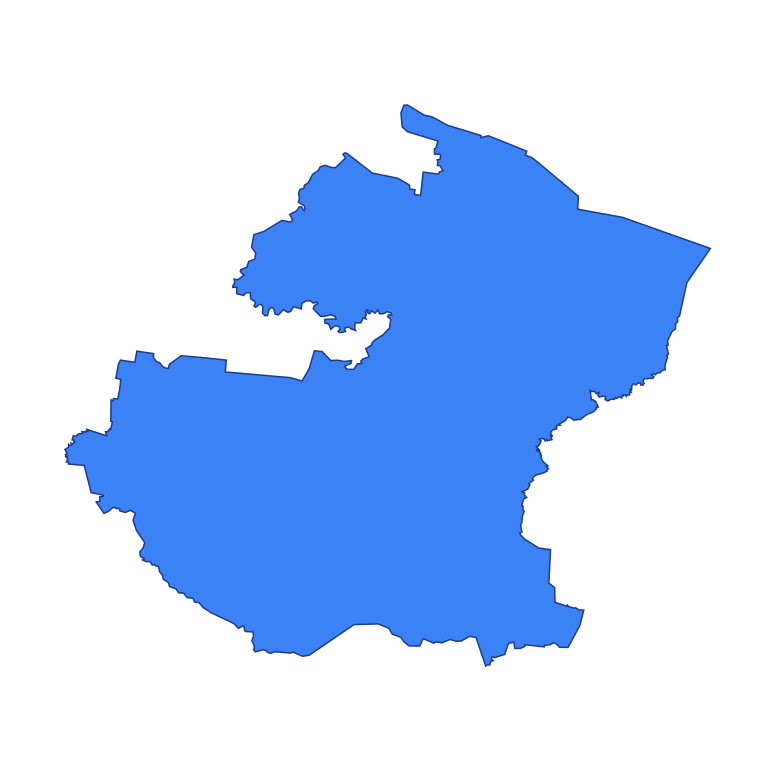 Cotabato, Cotabato, Philippines, rotated 96°
{"feature_id": "2640588B30235147478886", "entity_name": "Cotabato", "entity_type": "district", "adm_level": 2, "iso_a3": "PHL", "parent_name": "Philippines", "parent_adm1": "Cotabato", "projection": "natural_earth1", "projection_center": [124.836, 7.183], "detail": "fine", "context": "isolated", "style": "filled", "palette": "blue", "viewbox_px": 768, "rotation_deg": 96, "n_neighbors": 0, "source": "geoboundaries", "source_scale": "gbopen_adm2", "svg_char_len": 6164}
<svg xmlns="http://www.w3.org/2000/svg" viewBox="0 0 768 768"><g transform="rotate(96 384 384)"><path d="M375.2,153.2L373.4,152.5L374.0,150.8L372.1,149.1L373.1,146.0L370.8,146.3L370.8,144.7L369.8,145.0L369.5,143.2L371.0,141.8L369.4,140.9L369.3,138.7L366.2,138.7L366.4,137.3L363.7,138.7L364.1,137.2L359.9,137.3L357.5,135.8L358.6,133.3L356.5,131.6L356.3,128.9L358.1,128.6L358.0,126.3L356.2,125.3L354.8,126.6L351.6,125.9L350.1,116.9L348.4,116.4L346.8,119.1L345.5,117.0L346.4,115.0L344.0,113.0L344.2,110.9L341.1,108.3L340.6,105.9L335.6,106.5L327.7,104.8L325.9,105.8L324.6,104.2L316.4,107.0L315.6,105.5L311.4,106.5L302.0,103.2L298.7,99.9L293.8,100.2L291.0,98.4L287.6,99.2L285.4,97.2L251.6,93.4L215.1,73.6L193.3,164.3L189.9,209.7L177.0,210.3L147.6,253.9L143.2,261.0L141.8,267.2L137.5,266.4L126.2,306.2L128.8,313.4L126.7,313.5L120.1,347.7L113.2,364.4L112.4,372.2L104.1,389.7L104.5,393.2L112.6,395.5L126.4,392.8L130.7,386.9L136.7,355.7L144.0,357.1L144.7,358.4L150.1,357.8L149.6,352.7L150.5,351.6L154.6,351.8L155.6,354.6L157.5,353.5L161.0,353.8L161.2,350.9L165.9,347.6L167.2,351.0L169.5,351.4L169.2,367.2L192.5,367.3L192.3,373.6L187.5,373.5L187.5,378.6L183.5,379.6L178.0,391.5L175.4,417.7L158.4,445.1L158.3,447.5L160.0,448.8L163.2,445.8L173.8,454.7L174.2,458.8L172.7,465.6L174.7,470.1L178.9,472.0L182.9,476.9L191.9,480.4L194.6,483.9L197.7,484.2L199.3,487.9L203.0,489.0L208.6,487.4L212.1,488.3L215.1,482.0L217.6,480.9L220.2,481.6L216.5,484.5L216.7,486.8L220.7,488.8L225.2,495.5L229.9,492.2L232.7,493.6L232.0,502.7L244.8,519.4L249.1,529.0L261.9,530.0L267.2,525.3L273.3,525.6L276.3,531.4L282.5,532.8L285.2,538.4L287.2,538.6L290.6,534.8L295.6,540.4L295.4,544.1L298.8,543.0L302.6,544.8L303.7,544.4L303.3,540.5L309.6,539.9L310.6,532.9L307.7,530.7L307.3,526.5L313.2,525.5L316.0,520.2L320.4,521.4L321.1,519.5L318.1,516.6L317.7,514.6L319.8,512.5L326.4,512.2L328.6,509.4L328.0,507.0L322.6,506.4L319.4,503.9L320.5,501.6L325.8,499.6L326.3,496.2L320.5,491.8L322.7,487.4L321.8,484.7L316.6,482.1L318.0,474.0L312.4,474.1L309.4,470.0L309.0,465.8L310.9,463.0L309.6,459.1L311.1,458.5L313.7,461.7L316.6,462.2L323.2,454.4L323.1,450.8L320.7,444.4L321.6,439.9L324.4,438.4L325.8,449.5L329.6,449.2L330.0,445.3L335.2,442.6L331.1,438.8L331.5,434.7L334.3,433.5L336.5,435.3L337.6,433.3L335.9,427.9L332.7,429.1L330.8,425.3L332.6,422.7L333.7,417.9L332.4,418.9L326.4,419.1L325.5,413.3L320.5,411.7L321.2,408.5L318.8,410.0L317.2,408.7L314.3,410.2L312.2,409.0L312.3,407.3L314.5,408.2L315.7,406.1L314.9,404.9L312.4,404.7L314.5,400.3L311.0,397.7L314.6,395.7L314.3,392.3L311.8,388.5L312.6,384.5L314.6,383.5L314.8,386.8L316.6,387.4L319.0,384.1L327.7,384.4L335.1,390.1L341.7,398.3L344.6,400.3L346.4,400.2L350.8,405.8L358.5,401.6L361.4,407.7L363.7,409.5L365.9,408.3L366.7,412.6L372.6,415.6L373.2,422.6L370.3,424.9L367.0,419.0L364.1,418.8L365.7,425.7L365.2,432.6L366.2,439.4L358.2,449.0L358.2,456.7L376.0,459.9L389.5,465.7L387.5,478.1L388.6,543.1L376.7,543.3L376.7,568.1L377.1,588.6L386.8,599.5L391.0,600.1L391.0,603.1L389.7,606.1L386.2,609.3L385.5,612.7L381.7,616.1L377.9,616.3L377.1,633.2L388.5,634.1L387.8,648.6L392.1,650.2L406.3,651.3L406.8,646.3L416.5,646.3L426.8,647.3L426.7,651.5L429.2,651.7L428.3,653.8L449.7,651.8L449.9,650.2L457.9,651.1L457.1,652.0L460.4,654.0L460.6,656.0L464.5,654.6L460.2,674.7L462.0,673.6L461.9,675.5L462.9,675.3L462.9,679.5L464.6,678.4L465.7,682.9L468.2,684.8L467.8,687.6L472.3,688.3L472.1,686.0L474.1,686.4L474.2,685.4L476.1,687.8L475.5,689.0L476.9,688.3L478.0,689.9L477.0,691.3L479.6,690.9L482.4,694.4L486.7,691.8L487.4,693.4L489.2,693.0L489.1,691.8L489.8,692.8L490.9,690.7L494.7,691.7L494.5,689.4L496.6,689.6L496.3,673.6L522.7,663.9L523.9,651.4L525.1,651.6L526.0,655.0L530.2,654.2L531.4,657.9L542.0,649.0L538.9,644.0L535.4,641.0L534.8,638.6L535.8,637.9L535.4,634.1L537.8,633.5L538.8,627.8L536.2,623.2L538.4,617.6L545.5,619.4L549.6,617.6L555.5,614.9L566.9,605.3L572.7,606.7L576.4,609.3L580.8,608.3L582.8,604.0L584.2,605.8L585.6,601.4L585.0,597.9L588.3,595.6L587.6,593.2L588.9,592.1L588.9,589.3L594.1,587.6L596.9,584.6L601.2,583.0L604.3,577.4L607.9,576.2L609.5,569.5L613.2,566.4L612.9,561.6L617.0,557.4L617.1,551.6L620.6,549.5L620.8,545.1L625.3,540.5L629.7,531.5L638.0,508.1L642.2,503.3L639.3,499.0L639.6,497.8L643.8,496.9L644.6,495.6L644.3,488.4L648.1,487.4L653.4,488.6L656.5,486.3L659.8,485.3L661.8,486.1L663.9,483.9L660.8,476.2L661.7,472.7L663.1,472.0L663.6,468.1L661.7,465.1L661.4,449.0L660.2,446.2L663.3,436.5L661.5,430.0L626.4,388.7L623.2,364.8L626.4,353.6L631.9,349.7L634.1,340.8L638.1,337.5L641.9,331.8L640.9,321.1L633.1,318.5L636.6,307.2L635.2,306.4L635.3,299.3L631.2,291.7L632.3,285.1L631.5,280.2L626.1,272.7L626.4,266.0L653.9,253.4L652.4,251.7L652.4,249.5L648.7,248.8L647.8,246.5L646.4,248.5L643.9,248.1L644.6,245.4L640.3,235.7L629.0,233.1L627.2,227.9L633.3,226.4L632.7,220.7L630.1,216.4L628.5,216.8L628.7,197.2L627.1,197.1L625.9,191.6L623.7,188.2L624.0,186.2L627.5,181.8L626.7,173.4L603.4,163.9L588.0,161.7L588.3,166.4L586.4,170.4L587.1,171.3L586.0,177.3L584.6,178.6L585.9,179.1L583.2,191.1L568.6,193.0L564.9,199.2L531.3,201.1L530.9,213.1L523.6,227.8L519.5,232.8L517.9,233.3L517.0,231.4L509.5,233.5L507.8,232.4L500.8,232.6L496.1,231.3L494.3,232.9L491.2,232.8L490.4,234.3L483.6,233.1L482.1,230.2L479.1,233.2L477.5,232.7L476.6,235.4L473.6,230.1L469.2,228.4L468.0,229.6L463.9,225.3L462.8,226.4L461.1,225.8L458.7,223.4L455.8,216.0L453.5,212.7L452.4,213.2L451.0,211.6L449.0,214.0L448.3,212.4L444.6,217.8L440.6,220.2L438.3,220.0L437.6,221.6L436.2,220.9L435.1,222.9L434.4,222.5L434.3,225.4L432.8,224.8L432.9,223.1L430.1,226.0L429.6,224.1L427.5,222.8L424.1,221.9L422.8,223.7L421.7,221.2L422.1,218.8L423.8,217.7L422.3,216.3L423.4,215.7L421.7,211.1L420.0,212.2L418.9,211.4L418.1,212.9L417.5,211.5L415.6,213.1L413.8,212.8L411.6,210.9L411.4,209.1L410.2,209.0L410.6,207.6L407.3,208.1L406.5,204.4L405.5,205.5L401.4,199.7L397.7,197.9L398.1,194.7L400.0,191.6L398.6,184.8L393.4,179.3L389.5,172.5L386.6,170.2L385.0,170.6L384.6,168.5L379.4,171.5L377.7,174.8L378.2,176.0L368.0,178.7L370.0,177.3L369.2,174.0L371.5,171.9L370.0,169.3L373.0,170.1L374.6,168.3L373.2,165.9L373.5,162.1L376.4,162.6L377.5,159.5L375.4,156.6L375.2,153.2Z" fill="#3b82f6" stroke="#1e3a8a" stroke-width="1.5"/></g></svg>